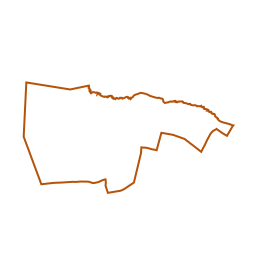 outline of Falelatai & Samatau, Aiga-i-le-Tai, Samoa, rotated 171°
{"feature_id": "51752279B18157705757653", "entity_name": "Falelatai & Samatau", "entity_type": "district", "adm_level": 2, "iso_a3": "WSM", "parent_name": "Samoa", "parent_adm1": "Aiga-i-le-Tai", "projection": "albers", "projection_center": [-172.03, -13.899], "detail": "fine", "context": "isolated", "style": "outline", "palette": "amber", "viewbox_px": 256, "rotation_deg": 171, "n_neighbors": 0, "source": "geoboundaries", "source_scale": "gbopen_adm2", "svg_char_len": 2877}
<svg xmlns="http://www.w3.org/2000/svg" viewBox="0 0 256 256"><g transform="rotate(171 128 128)"><path d="M145.1,67.2L141.5,68.2L130.7,73.2L119.2,100.9L117.8,106.8L115.9,106.2L114.9,106.1L113.0,105.6L110.7,104.7L107.6,103.2L104.6,102.2L103.2,101.6L95.8,118.0L91.8,116.7L84.4,114.1L74.7,108.8L74.4,108.7L73.8,108.3L71.2,105.5L69.9,104.3L69.4,103.5L67.6,101.8L59.4,93.0L56.9,96.5L55.5,98.3L54.2,100.1L51.7,103.8L50.2,105.7L47.6,109.2L46.2,110.5L44.4,111.8L40.8,113.1L40.7,113.2L35.7,108.3L31.5,104.8L27.4,109.7L24.8,112.9L23.6,114.1L24.8,114.5L26.1,115.4L28.5,116.6L32.4,118.3L34.7,119.4L36.9,121.0L37.9,122.6L37.7,123.2L38.3,123.5L38.3,124.1L39.4,125.0L40.1,126.0L40.0,126.7L40.4,128.3L41.2,128.7L41.5,128.5L42.4,128.8L43.2,129.4L43.4,130.0L43.1,130.4L43.4,131.0L44.7,131.0L45.1,131.7L45.5,131.5L46.0,132.0L46.2,132.8L47.0,132.9L46.3,133.6L47.3,134.2L47.9,134.3L48.5,134.7L49.1,134.7L50.1,135.2L50.2,135.7L49.7,136.6L49.9,137.1L51.0,137.2L51.7,137.1L52.0,137.5L52.8,137.9L52.6,138.4L53.8,138.2L54.4,138.5L56.5,138.7L56.7,139.2L57.6,139.8L58.6,140.1L60.3,140.2L62.5,141.1L62.7,142.0L63.1,142.2L64.8,142.2L65.5,142.7L67.9,143.9L68.6,143.9L69.5,144.4L69.5,145.2L70.3,145.8L70.9,145.7L72.0,146.1L73.3,146.0L74.2,146.3L75.0,145.7L75.8,146.1L76.4,145.9L76.7,146.2L76.4,146.8L77.2,147.5L78.2,147.4L78.3,146.9L79.1,147.2L80.9,147.1L81.4,147.5L83.2,147.4L84.2,147.0L86.1,147.1L87.5,146.9L88.5,147.8L88.9,148.6L89.0,150.5L89.1,151.0L90.0,151.9L91.2,152.0L92.3,152.9L92.9,153.1L93.8,152.9L95.1,153.4L97.7,154.5L101.6,156.5L103.2,157.8L105.2,159.0L107.1,159.7L107.7,160.0L109.0,160.5L110.4,160.7L113.3,160.0L114.6,159.9L116.7,159.4L117.7,158.6L118.0,158.1L118.4,157.9L119.9,157.1L120.8,156.3L121.2,157.3L121.9,156.7L122.8,157.0L123.1,157.4L122.9,158.0L123.3,158.8L123.7,158.9L125.3,158.8L127.2,158.2L129.0,157.9L129.3,158.8L131.1,159.1L131.5,158.5L132.3,158.4L133.1,158.5L133.4,159.0L134.6,159.5L135.5,158.8L135.6,159.2L137.1,158.9L137.7,159.1L138.2,159.6L137.7,160.1L138.0,160.6L138.5,160.3L139.0,160.6L139.2,161.5L139.0,162.1L139.7,162.5L140.5,162.6L141.0,162.2L141.9,162.6L142.6,162.5L142.9,161.6L143.4,161.5L144.1,161.8L144.2,162.2L145.8,162.7L146.1,162.4L146.9,162.6L148.1,163.2L149.2,163.9L149.9,164.6L150.7,165.3L150.1,166.1L151.4,167.1L152.7,166.3L152.2,167.4L153.2,168.0L154.4,167.8L155.4,168.4L156.0,168.8L157.5,168.7L157.6,168.9L158.5,168.9L159.0,168.1L159.4,168.2L159.5,169.4L160.2,170.3L160.2,170.8L159.2,170.5L159.0,171.0L159.5,171.9L160.0,173.1L160.6,173.4L160.7,173.9L160.0,174.7L160.0,176.0L179.1,175.1L216.1,187.2L221.3,188.9L232.4,135.7L222.4,86.0L209.6,85.4L203.8,84.7L201.1,84.4L191.0,83.5L189.3,83.1L187.5,82.8L186.2,82.8L182.3,82.4L180.8,82.1L177.6,81.6L175.0,81.0L173.7,80.3L171.7,79.3L170.5,79.0L169.2,79.0L167.0,79.1L165.3,79.3L161.1,80.5L158.3,80.8L158.3,78.8L158.5,77.3L159.2,74.5L158.0,67.1L145.1,67.2Z" fill="none" stroke="#b45309" stroke-width="2"/></g></svg>